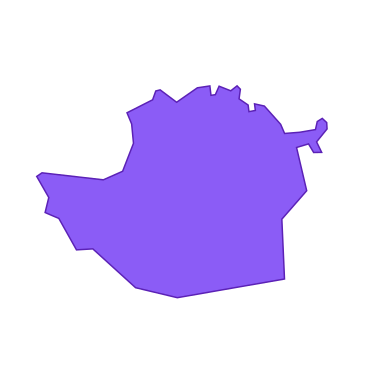 outline of Wulu, Lakes, South Sudan, rotated 346°
{"feature_id": "79223893B61000747889625", "entity_name": "Wulu", "entity_type": "district", "adm_level": 2, "iso_a3": "SSD", "parent_name": "South Sudan", "parent_adm1": "Lakes", "projection": "albers", "projection_center": [29.335, 6.219], "detail": "fine", "context": "isolated", "style": "filled", "palette": "violet", "viewbox_px": 384, "rotation_deg": 346, "n_neighbors": 0, "source": "geoboundaries", "source_scale": "gbopen_adm2", "svg_char_len": 803}
<svg xmlns="http://www.w3.org/2000/svg" viewBox="0 0 384 384"><g transform="rotate(346 192 192)"><path d="M336.2,152.1L330.6,153.9L326.9,161.3L311.0,160.1L296.0,157.6L294.4,147.8L283.0,126.1L274.0,121.6L273.2,128.2L266.7,127.8L267.5,121.2L260.2,113.0L263.8,104.0L261.4,99.9L254.1,103.2L243.9,95.9L238.2,103.2L233.8,102.8L235.0,93.4L222.4,92.2L198.8,101.2L185.8,85.2L181.3,85.2L176.1,93.0L148.1,99.4L149.9,111.4L147.0,130.6L129.7,155.1L109.0,158.7L108.8,158.7L51.1,137.1L45.1,139.3L51.7,162.7L44.5,176.4L50.4,180.9L56.4,185.4L65.9,220.2L82.0,223.2L114.1,271.2L129.1,279.0L152.2,291.0L215.0,295.5L260.7,298.8L262.1,291.9L272.6,240.1L303.6,218.5L304.2,174.1L316.7,173.5L319.6,183.1L327.4,184.9L325.0,173.5L338.3,163.5L339.5,157.2L336.2,152.1Z" fill="#8b5cf6" stroke="#5b21b6" stroke-width="1.5"/></g></svg>